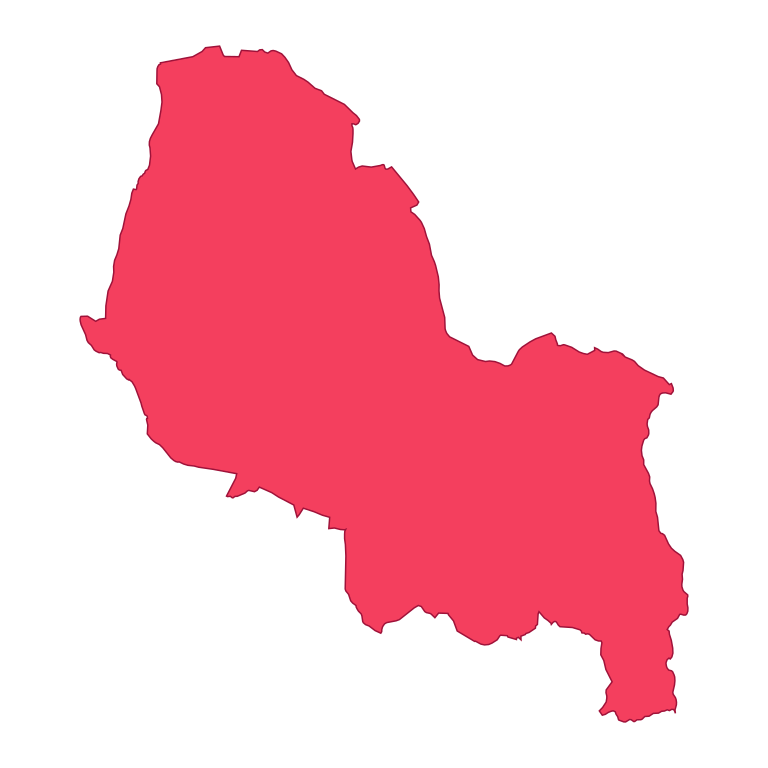 outline of Ubaque, Cundinamarca, Colombia
{"feature_id": "7082276B28126583048920", "entity_name": "Ubaque", "entity_type": "district", "adm_level": 2, "iso_a3": "COL", "parent_name": "Colombia", "parent_adm1": "Cundinamarca", "projection": "equal_earth", "projection_center": [-73.951, 4.501], "detail": "fine", "context": "isolated", "style": "filled", "palette": "rose", "viewbox_px": 768, "rotation_deg": 0, "n_neighbors": 0, "source": "geoboundaries", "source_scale": "gbopen_adm2", "svg_char_len": 6081}
<svg xmlns="http://www.w3.org/2000/svg" viewBox="0 0 768 768"><path d="M257.5,51.5L241.5,50.3L239.0,56.7L224.5,56.5L223.2,55.0L219.6,46.1L205.5,47.7L202.1,51.5L192.8,56.7L160.4,62.8L160.5,64.1L159.0,64.7L157.8,66.6L157.1,68.7L157.0,70.8L156.8,83.8L159.5,86.8L161.5,94.6L162.0,102.1L160.9,110.5L158.5,123.8L152.2,134.8L150.4,138.3L149.4,141.7L149.3,145.1L150.0,147.8L150.6,156.1L149.5,165.2L147.8,169.4L145.9,170.4L145.3,171.2L144.6,173.3L143.3,174.1L142.1,175.9L140.6,176.4L138.9,178.8L138.1,181.5L138.2,183.4L137.0,185.1L136.6,189.0L136.1,189.6L133.4,189.1L131.8,193.2L130.9,199.4L129.0,206.0L125.9,213.9L122.8,228.5L120.2,235.1L118.8,248.6L116.9,254.8L114.6,260.3L113.6,266.4L113.8,272.2L112.4,281.3L108.1,291.0L105.9,305.8L105.6,318.4L99.4,319.2L95.7,321.3L87.6,316.2L81.0,316.4L80.4,317.3L80.1,319.1L80.2,321.0L81.1,324.8L85.6,334.7L87.0,340.3L88.3,342.6L91.4,345.4L94.2,349.9L96.0,351.2L99.1,352.7L100.8,352.5L103.4,353.3L107.5,353.5L110.5,355.0L110.3,356.3L110.8,357.8L112.9,359.4L116.6,361.4L117.0,362.0L116.6,364.1L116.8,365.9L118.2,369.1L119.3,370.0L121.1,370.3L122.7,374.5L126.7,378.9L128.8,380.0L129.1,379.5L132.1,381.9L134.6,386.1L135.7,388.6L141.0,402.9L141.8,406.1L144.4,413.7L145.1,414.9L146.7,415.6L147.3,416.5L147.5,418.5L146.7,418.6L146.5,419.5L147.8,425.1L147.3,433.9L151.2,438.9L153.7,441.2L155.6,442.7L159.5,444.6L162.7,447.7L170.8,457.9L173.9,460.5L175.8,461.6L177.9,462.1L179.2,461.9L183.6,464.0L187.9,465.3L194.2,466.0L198.6,467.2L213.1,469.3L236.7,473.7L235.7,478.3L226.5,496.1L227.5,496.6L230.3,496.3L232.3,497.8L233.1,497.8L234.9,496.4L237.3,496.3L245.1,493.0L247.5,490.8L248.8,490.4L254.5,491.7L257.1,490.3L259.3,487.1L271.7,492.6L278.5,497.0L293.8,505.0L297.1,517.2L299.2,514.7L303.3,508.2L314.0,511.7L322.4,515.2L329.7,517.3L328.8,528.6L334.4,528.0L340.4,529.5L344.7,529.8L345.7,529.4L344.8,531.3L344.6,534.0L344.6,538.7L345.4,544.5L345.9,556.1L345.2,589.0L345.8,590.9L348.6,594.4L350.7,600.8L352.7,603.1L356.0,605.5L356.2,607.1L357.3,609.3L358.5,611.2L361.1,613.8L361.9,615.8L362.7,621.4L363.3,622.7L365.5,624.6L369.1,626.0L375.1,630.6L380.8,633.2L381.7,631.7L381.8,629.5L382.6,626.7L384.5,623.9L386.7,622.6L396.1,620.8L399.4,619.6L414.3,607.8L418.3,605.5L421.3,606.5L424.8,611.6L426.4,612.6L430.0,613.4L431.1,614.0L434.9,617.7L438.6,613.1L448.0,613.4L448.4,614.7L453.5,620.9L457.2,631.0L474.6,641.4L475.5,641.2L480.9,644.1L484.5,644.9L488.7,644.5L492.0,643.1L497.2,639.8L499.9,635.7L500.7,635.2L507.3,635.7L507.9,637.0L516.4,639.5L516.4,638.3L518.3,637.3L521.0,639.8L520.9,636.2L525.3,634.5L525.9,633.5L529.0,632.5L535.4,628.2L535.6,626.0L537.4,624.5L538.1,614.0L539.0,611.7L544.3,617.9L547.9,620.4L551.0,623.2L551.3,624.4L553.1,622.3L554.4,621.5L555.4,621.5L556.4,622.0L558.3,625.1L560.0,626.7L572.4,627.5L580.0,629.8L581.3,631.0L581.9,632.9L584.3,633.1L585.6,634.2L587.7,633.8L589.4,634.3L595.1,639.8L598.6,641.0L601.1,641.0L601.9,642.7L601.0,648.5L600.8,654.8L603.8,660.5L605.9,669.5L612.1,681.8L606.2,689.9L606.0,692.7L606.8,696.0L606.8,698.1L606.2,702.0L602.6,707.5L599.3,710.9L602.3,715.2L605.4,714.3L608.3,712.4L611.1,711.3L613.2,710.8L615.3,711.8L616.0,714.1L617.7,716.7L618.5,719.6L618.9,720.1L623.8,721.9L625.7,721.9L629.6,719.5L631.2,719.7L633.6,721.5L634.7,721.5L637.0,719.8L640.9,719.7L642.2,719.1L644.8,716.5L649.1,716.2L653.3,713.4L658.5,713.1L661.6,711.3L664.5,711.0L667.2,709.8L669.4,710.6L671.6,709.4L673.3,709.4L674.4,710.5L675.4,713.3L675.0,709.9L676.4,704.8L676.5,702.3L676.1,699.6L675.4,697.6L673.2,694.3L672.8,692.3L674.5,684.9L674.9,680.8L674.7,677.0L674.1,675.0L672.6,671.7L671.5,670.8L668.6,670.0L667.1,668.0L666.5,666.5L666.0,663.7L666.1,662.4L667.1,659.7L669.0,658.1L670.2,659.0L670.9,658.2L671.9,656.9L672.9,653.1L672.7,648.1L671.3,640.3L669.4,634.2L669.1,631.1L667.2,629.5L668.8,626.7L670.4,625.1L672.2,622.1L677.5,618.4L679.7,614.4L680.8,614.2L683.8,615.1L685.7,615.0L686.9,613.7L687.8,611.2L687.9,607.8L687.2,604.0L687.2,598.3L687.8,596.3L687.7,594.9L683.9,591.6L683.0,590.2L681.9,586.7L681.8,584.3L682.5,579.3L682.1,574.2L683.0,570.6L683.6,562.3L682.8,559.5L680.6,555.4L674.8,551.3L671.4,548.2L668.5,543.9L664.6,535.3L662.5,533.7L660.8,533.3L658.9,530.7L657.5,517.2L655.8,511.4L655.9,503.2L655.1,497.4L654.2,493.7L652.5,488.7L650.0,483.6L649.5,481.0L649.7,476.9L648.5,473.4L643.7,464.6L643.7,459.9L642.0,455.6L641.4,450.3L641.9,446.1L643.7,440.1L644.7,438.7L646.9,437.8L648.5,434.9L648.8,433.4L648.7,430.0L647.4,426.3L647.1,423.9L647.7,419.5L649.3,417.9L650.0,414.4L651.0,412.4L652.4,410.6L656.7,406.9L658.1,404.8L658.9,397.3L659.4,395.5L660.4,393.9L662.5,393.0L665.6,392.8L671.0,394.2L673.0,391.6L673.3,390.7L673.1,388.0L671.4,383.6L669.3,384.6L663.4,378.0L658.2,376.6L644.5,370.1L638.1,365.6L634.5,361.4L632.1,359.9L625.3,357.1L623.0,355.1L623.5,355.1L622.5,354.0L616.1,351.1L614.0,351.0L608.3,352.6L603.2,352.3L601.1,351.5L597.7,349.1L594.6,347.7L594.7,350.4L587.3,354.3L583.4,353.5L579.2,352.0L571.7,347.3L564.8,344.9L563.4,344.7L560.5,345.7L557.9,345.5L557.4,345.1L557.4,343.9L555.8,339.8L555.0,336.3L551.4,333.0L535.7,338.8L530.0,341.9L522.3,347.0L519.4,349.7L518.3,351.3L511.6,364.1L510.4,365.0L508.0,365.9L504.8,366.0L500.0,363.4L494.9,361.6L489.6,361.0L485.4,361.5L477.6,359.6L472.6,355.1L468.8,346.4L449.6,336.8L446.8,333.4L445.7,330.9L445.1,328.8L444.7,317.4L439.6,298.2L439.0,290.9L439.1,284.7L438.3,276.8L435.6,265.5L434.3,261.6L431.5,255.3L429.4,244.1L426.5,236.5L424.3,228.6L421.4,222.3L420.1,220.4L414.7,214.4L410.9,211.8L410.6,207.9L416.9,205.1L418.7,202.0L413.7,194.6L407.2,185.8L391.6,166.9L387.6,169.1L386.0,169.2L385.1,168.4L384.2,165.3L383.7,164.7L382.3,164.7L380.3,165.5L371.3,167.1L362.2,166.0L358.6,167.1L355.5,169.0L352.2,161.4L351.8,159.4L350.9,151.5L352.5,142.2L353.0,133.4L353.0,129.7L352.8,127.7L351.9,125.5L352.0,123.8L353.9,123.9L355.4,124.7L356.3,124.5L358.2,123.2L359.5,121.0L359.4,119.4L356.5,115.6L352.9,112.7L344.4,104.4L324.3,94.3L321.6,90.8L315.0,88.3L308.1,82.2L303.8,79.3L296.4,75.6L291.9,69.8L288.6,62.6L284.9,57.3L281.6,53.8L275.8,51.1L273.1,50.5L271.0,50.9L267.8,53.1L264.7,52.0L262.3,49.6L259.6,49.9L257.5,51.5Z" fill="#f43f5e" stroke="#9f1239" stroke-width="1.5"/></svg>